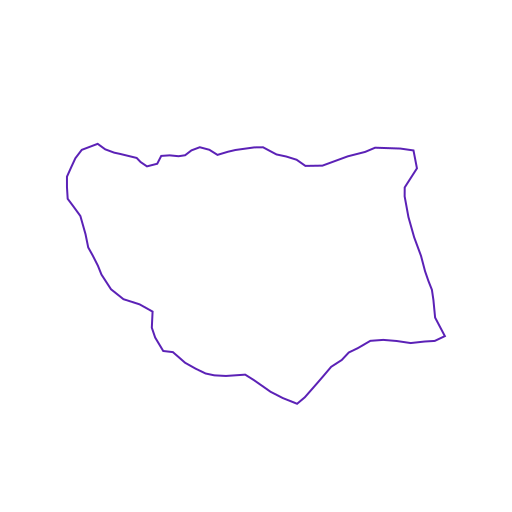 Kornokipos, Cyprus, rotated 102°
{"feature_id": "46923920B14049283421613", "entity_name": "Kornokipos", "entity_type": "district", "adm_level": 2, "iso_a3": "CYP", "parent_name": "Cyprus", "parent_adm1": "", "projection": "mercator", "projection_center": [33.572, 35.273], "detail": "fine", "context": "isolated", "style": "outline", "palette": "violet", "viewbox_px": 512, "rotation_deg": 102, "n_neighbors": 0, "source": "geoboundaries", "source_scale": "gbopen_adm2", "svg_char_len": 1200}
<svg xmlns="http://www.w3.org/2000/svg" viewBox="0 0 512 512"><g transform="rotate(102 256 256)"><path d="M179.2,434.2L188.4,448.5L197.9,453.0L207.5,455.2L217.7,457.4L228.0,455.2L239.2,452.1L245.4,445.0L253.4,436.1L270.1,427.3L282.5,421.9L289.6,415.7L298.4,408.6L306.3,403.3L318.7,390.9L325.8,376.7L327.5,359.8L331.9,345.6L347.8,343.0L356.7,337.7L368.2,327.0L367.3,317.3L375.2,303.1L378.8,291.5L381.4,280.9L381.4,272.0L379.6,260.5L374.3,241.9L377.9,232.1L385.8,213.5L389.4,200.2L392.0,185.1L384.1,178.9L368.2,170.0L360.2,165.6L348.7,159.4L339.9,150.5L331.1,145.2L324.9,137.2L315.2,126.5L311.6,114.1L309.9,100.8L309.0,86.6L304.6,73.3L301.9,63.5L295.1,54.6L279.0,68.0L262.2,73.3L252.5,76.9L244.5,82.2L235.7,87.5L221.6,94.6L204.8,105.2L186.2,115.0L166.8,123.0L158.0,124.8L136.8,116.8L120.0,123.9L120.9,137.2L125.3,162.0L131.5,170.9L139.4,186.9L153.8,209.8L157.6,226.4L153.4,236.3L152.4,247.1L152.4,257.1L148.2,271.7L150.1,280.2L156.6,298.2L159.9,305.2L165.1,314.7L161.8,323.7L161.3,333.6L166.1,341.1L172.2,346.3L174.5,352.5L175.5,361.4L177.8,369.5L186.3,371.8L191.0,381.3L188.1,388.4L184.9,393.1L184.4,410.1L184.4,416.2L183.0,425.7L179.2,434.2Z" fill="none" stroke="#5b21b6" stroke-width="2"/></g></svg>